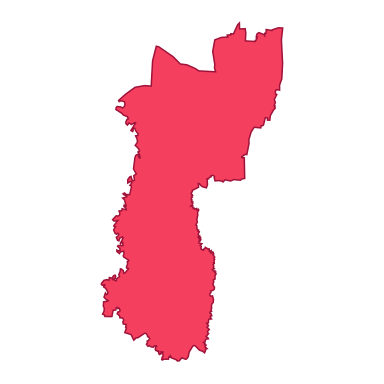 the district of Kota Jakarta Timur, Jakarta Raya, Indonesia
{"feature_id": "22746128B5353616278909", "entity_name": "Kota Jakarta Timur", "entity_type": "district", "adm_level": 2, "iso_a3": "IDN", "parent_name": "Indonesia", "parent_adm1": "Jakarta Raya", "projection": "robinson", "projection_center": [106.894, -6.261], "detail": "fine", "context": "isolated", "style": "filled", "palette": "rose", "viewbox_px": 384, "rotation_deg": 0, "n_neighbors": 0, "source": "geoboundaries", "source_scale": "gbopen_adm2", "svg_char_len": 6073}
<svg xmlns="http://www.w3.org/2000/svg" viewBox="0 0 384 384"><path d="M282.7,28.0L278.3,27.8L272.0,29.9L271.9,30.5L266.2,29.5L266.0,33.3L264.7,33.3L264.6,35.5L264.0,34.6L258.9,32.6L257.1,33.8L256.3,36.2L257.3,37.1L257.1,37.9L256.3,37.8L256.5,39.1L256.0,40.4L255.2,40.4L255.1,41.5L245.4,40.9L245.8,33.1L245.2,28.7L239.6,29.0L239.4,23.0L237.6,24.8L233.4,34.0L230.8,33.7L230.8,34.8L227.2,35.1L227.8,37.0L221.4,37.4L214.8,39.9L212.7,51.4L214.8,64.5L214.5,67.9L215.6,71.8L198.8,70.9L195.4,68.6L186.9,64.8L180.3,64.0L173.2,56.8L158.9,46.9L156.3,46.2L152.6,60.7L151.2,86.1L144.6,85.6L135.1,87.3L126.0,93.9L118.6,100.4L119.2,101.6L120.9,100.8L124.2,101.6L124.8,102.8L124.9,105.0L124.1,106.8L122.5,108.0L120.7,106.9L117.1,106.5L116.3,107.3L115.9,109.5L121.9,113.4L123.3,115.0L127.4,116.7L128.4,118.8L127.1,119.3L126.3,120.8L125.8,122.7L126.0,123.7L127.4,125.1L129.0,123.0L131.4,124.5L134.7,122.7L135.6,122.9L130.9,130.5L132.6,131.5L133.2,130.6L132.9,128.6L134.7,128.2L135.7,130.7L138.0,133.8L137.9,135.5L135.6,135.8L137.2,139.3L137.4,142.3L135.2,145.4L137.7,147.7L139.1,149.8L139.4,151.3L137.9,152.0L139.4,154.5L140.1,157.6L139.8,158.2L139.1,157.8L138.0,154.6L137.2,154.5L135.7,155.5L134.9,157.8L133.5,168.9L136.3,174.0L133.8,175.6L134.4,180.3L132.4,181.0L131.0,176.4L129.6,177.0L127.7,179.8L127.8,183.0L130.1,181.6L131.1,181.9L131.8,182.9L129.9,185.4L131.3,185.9L131.5,186.7L129.7,194.6L126.1,194.5L124.6,193.0L123.1,193.6L123.5,194.5L126.9,196.1L126.5,196.9L122.6,198.1L124.5,199.8L126.1,205.9L125.4,206.5L124.2,205.1L123.8,206.3L126.2,208.5L126.3,209.8L122.1,208.7L121.8,210.7L119.0,211.0L119.9,213.4L119.5,215.2L117.9,216.1L116.2,215.8L112.6,219.6L114.0,221.1L117.7,220.6L113.8,225.7L114.0,226.4L115.5,226.7L113.6,229.9L115.2,233.5L116.5,234.2L117.7,233.2L118.8,234.1L118.0,236.2L116.3,237.2L117.5,240.3L118.9,240.9L119.7,238.2L122.4,236.9L123.2,237.7L120.3,243.5L120.5,243.8L121.5,242.6L122.6,242.3L123.0,245.6L118.1,245.5L117.6,246.4L119.8,248.3L120.1,250.3L119.2,250.9L116.8,250.1L116.9,251.5L119.4,253.6L120.6,251.8L123.8,251.3L124.0,254.0L123.2,255.8L123.7,257.0L128.7,260.2L128.5,261.0L127.3,261.5L127.6,263.9L126.4,267.1L126.8,268.2L128.0,268.2L128.5,268.9L124.8,273.1L123.8,273.2L123.3,270.6L121.2,268.9L120.4,268.9L120.1,271.5L118.8,274.6L119.6,276.5L116.5,278.8L116.2,280.8L112.9,279.6L115.2,278.3L115.7,276.1L115.0,275.1L113.7,275.6L112.0,278.1L109.4,277.5L108.9,280.3L107.0,279.6L104.0,280.3L101.7,283.1L101.3,284.2L102.1,285.2L104.8,284.8L104.8,285.5L103.8,285.9L103.7,287.0L105.7,288.3L107.9,292.3L107.6,293.7L106.6,294.6L105.4,293.0L104.0,297.2L106.1,299.4L108.3,300.5L107.8,301.1L103.6,301.8L103.3,306.1L104.2,308.0L104.1,311.0L102.6,314.2L104.5,315.0L104.9,316.5L111.9,316.6L113.1,310.4L115.8,310.0L116.4,307.5L117.8,307.6L117.9,308.6L119.3,308.3L120.1,310.7L119.1,311.8L117.9,311.9L117.2,313.8L119.4,315.6L120.0,317.9L122.4,317.9L123.5,319.4L123.7,320.5L122.8,321.8L123.3,324.0L126.3,324.5L125.6,327.2L126.4,328.0L124.8,332.6L131.1,334.6L133.8,340.2L136.3,337.7L137.8,337.8L144.5,333.4L146.0,333.3L147.6,335.8L147.6,336.7L148.4,336.6L149.7,338.7L148.3,340.6L147.1,341.1L147.5,342.4L146.4,344.3L148.0,346.3L149.3,345.7L150.9,346.8L153.4,347.2L154.5,345.8L156.4,345.9L156.6,346.8L155.7,347.1L155.2,349.2L155.7,350.4L156.4,350.3L157.4,351.4L158.1,350.8L158.8,351.4L158.8,353.7L159.4,354.5L160.8,354.0L161.0,351.8L162.9,352.1L162.3,353.3L163.0,354.4L162.9,356.4L162.2,357.1L161.7,359.6L162.7,360.0L163.5,359.2L168.5,359.2L168.8,357.1L169.8,357.2L170.3,355.8L171.4,357.9L176.0,359.6L177.4,361.0L179.3,360.8L181.8,357.8L185.6,359.3L186.7,358.9L188.3,356.6L189.1,352.2L192.7,346.2L194.1,345.5L195.5,346.1L199.3,350.1L202.6,351.3L204.6,352.8L205.5,350.5L205.3,349.3L207.1,348.7L205.0,346.8L206.1,345.1L204.6,344.6L205.0,343.5L203.6,342.5L205.2,341.8L205.1,340.6L206.3,339.0L208.4,338.8L208.0,337.9L206.1,336.6L208.6,333.5L207.9,332.9L207.5,331.3L209.3,329.5L207.0,327.2L208.5,325.7L206.7,323.2L208.4,322.9L208.7,319.3L211.5,318.9L210.2,317.2L210.7,315.9L211.7,315.9L211.7,315.2L211.0,313.7L209.9,313.1L209.8,312.2L211.6,311.4L211.0,309.5L211.6,308.5L211.5,305.5L211.9,303.8L213.2,302.5L213.5,299.4L212.5,295.9L210.5,296.1L209.7,294.9L210.0,293.6L210.9,292.7L210.9,290.8L212.9,290.4L214.3,289.2L214.5,287.2L212.9,284.7L213.8,281.6L213.2,280.0L215.1,279.0L214.9,276.0L216.1,273.8L215.4,273.3L215.6,272.4L215.1,272.6L214.7,271.9L215.1,271.0L213.4,270.9L212.4,269.5L214.3,268.7L213.5,268.0L213.8,266.1L213.1,264.7L213.8,263.9L213.5,263.1L214.3,263.2L214.1,260.4L214.6,259.4L214.1,258.9L214.7,257.1L214.1,256.9L213.6,255.0L213.0,254.6L213.7,253.9L213.1,252.2L212.7,251.9L211.5,253.1L210.8,252.8L211.2,250.6L209.4,251.4L209.1,248.8L208.3,249.1L205.3,247.3L204.7,248.8L203.6,249.1L203.4,250.2L201.1,249.2L201.2,246.4L200.1,245.6L201.9,243.7L198.9,243.0L199.1,241.0L200.2,241.0L200.9,239.5L200.5,238.7L199.9,240.0L199.2,238.7L201.1,236.9L199.4,237.7L199.5,236.3L197.8,237.8L198.8,235.6L198.1,234.3L199.3,231.8L198.0,231.1L198.6,230.2L197.2,229.7L196.7,225.5L195.9,224.9L197.4,222.0L196.8,219.7L197.8,214.9L197.5,212.4L198.8,210.0L198.2,209.1L196.9,209.9L196.6,208.5L194.7,209.1L194.0,208.0L193.4,208.5L192.7,207.4L192.8,205.9L190.9,206.2L192.7,203.9L192.8,202.0L191.7,202.2L192.0,200.0L191.3,199.9L191.5,197.4L192.3,197.2L191.9,195.5L192.6,195.2L191.0,193.5L192.4,191.4L192.3,190.4L198.6,187.2L198.3,183.4L199.4,183.7L200.9,185.6L202.8,186.9L206.4,187.8L207.5,184.6L207.1,178.7L208.6,178.9L209.2,177.6L211.2,176.7L211.1,175.7L212.1,175.4L213.6,175.6L214.6,176.9L214.2,177.7L215.0,180.9L218.6,180.6L222.0,181.1L223.0,182.0L225.1,179.8L230.6,181.0L233.7,179.6L240.5,180.2L241.5,179.0L244.7,178.5L244.3,157.8L241.8,157.6L241.8,156.7L245.4,154.3L246.8,154.6L249.0,143.6L248.9,139.5L251.1,132.1L254.1,127.3L260.8,127.9L261.2,125.6L262.7,125.7L263.5,125.0L265.3,117.7L267.5,117.9L267.5,120.1L269.8,120.2L270.4,115.5L273.5,110.0L275.0,108.5L275.1,107.5L274.4,106.8L275.1,106.0L274.3,105.2L275.4,102.5L274.3,99.5L276.8,94.5L275.5,93.9L275.4,91.2L276.3,89.7L279.6,90.1L279.6,85.0L281.8,78.8L282.6,63.2L281.4,39.9L282.7,28.0Z" fill="#f43f5e" stroke="#9f1239" stroke-width="1.5"/></svg>